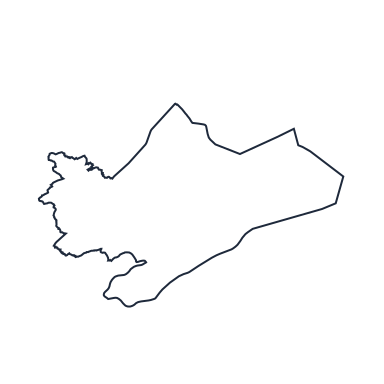 the district of Pak Phayun, Thailand, rotated 71°
{"feature_id": "78962969B11812729202220", "entity_name": "Pak Phayun", "entity_type": "district", "adm_level": 2, "iso_a3": "THA", "parent_name": "Thailand", "parent_adm1": "", "projection": "equal_earth", "projection_center": [100.293, 7.38], "detail": "fine", "context": "isolated", "style": "outline", "palette": "slate", "viewbox_px": 384, "rotation_deg": 71, "n_neighbors": 0, "source": "geoboundaries", "source_scale": "gbopen_adm2", "svg_char_len": 6085}
<svg xmlns="http://www.w3.org/2000/svg" viewBox="0 0 384 384"><g transform="rotate(71 192 192)"><path d="M103.2,179.6L119.8,210.0L121.1,211.4L130.5,218.9L131.1,219.5L132.0,220.6L144.2,242.6L151.6,260.0L152.1,261.0L153.4,262.9L152.7,263.4L152.8,264.3L152.6,264.7L151.8,264.8L151.3,265.3L150.7,265.5L150.4,266.1L150.4,266.4L150.6,267.3L150.9,267.6L150.9,267.9L150.6,268.4L150.3,268.8L150.2,269.7L149.3,269.9L148.2,270.5L147.8,271.0L147.5,270.9L147.1,270.3L146.3,271.1L145.8,270.4L145.1,270.1L144.8,271.1L144.0,270.8L143.0,270.8L142.0,270.2L141.1,271.4L140.9,272.0L140.5,272.8L140.1,272.9L139.1,272.9L138.3,273.1L138.2,273.6L137.8,273.9L137.5,274.5L137.4,275.3L137.6,276.8L137.4,277.2L137.8,278.3L137.9,279.1L138.3,279.5L138.2,280.3L137.5,281.7L138.1,282.9L136.9,283.4L136.4,280.9L136.7,280.7L136.5,279.9L136.2,279.4L136.0,278.4L135.2,278.8L134.4,276.9L133.0,277.8L132.9,277.4L132.5,277.8L132.0,278.5L131.9,278.2L131.3,278.6L131.3,278.9L131.2,278.9L131.9,280.6L131.1,280.6L131.4,281.9L131.2,282.0L131.2,283.2L129.4,281.8L126.6,280.9L125.8,280.9L123.9,281.7L122.7,281.8L122.6,283.1L122.7,284.1L122.9,284.7L123.1,287.5L123.4,289.7L122.1,290.4L122.4,291.0L122.7,291.6L122.8,292.4L121.8,292.9L121.2,293.4L120.9,293.8L119.9,294.2L120.0,295.0L119.8,295.2L120.3,296.4L119.4,297.2L119.3,297.6L119.0,297.9L118.9,298.1L118.5,298.2L118.4,297.9L118.2,298.3L117.8,298.4L117.7,298.8L117.5,299.5L117.2,300.1L116.4,299.8L116.1,300.6L115.7,300.8L115.0,300.7L114.3,300.1L113.9,300.1L113.3,301.2L112.7,301.5L112.0,302.1L111.9,302.7L111.9,304.0L111.7,305.4L112.0,307.8L112.0,308.7L110.4,310.2L109.5,311.7L109.4,312.3L109.5,313.9L109.6,314.2L110.5,314.6L111.9,316.3L112.1,316.4L112.8,316.3L114.0,316.9L115.1,317.0L115.6,315.9L116.2,315.4L116.5,314.5L117.7,313.7L118.4,312.5L120.8,311.9L122.4,312.8L122.6,312.8L123.1,312.4L123.8,312.4L123.9,313.1L123.7,313.9L123.7,315.5L124.1,315.7L125.7,316.1L126.7,316.0L127.2,315.8L128.6,314.5L130.4,313.3L131.5,312.0L133.1,311.2L133.6,310.8L135.4,310.8L137.5,309.3L137.6,310.6L137.4,315.2L137.9,319.4L138.1,320.5L138.8,321.3L139.3,323.1L139.9,322.7L141.3,322.4L141.4,322.9L141.5,324.9L141.9,325.0L143.1,327.9L143.4,328.1L145.6,328.2L145.8,328.5L146.2,331.7L146.1,332.2L146.4,332.7L146.6,334.1L146.4,335.0L147.1,335.3L147.5,336.0L147.7,337.2L147.9,337.5L147.9,337.8L148.2,338.2L148.4,338.9L149.8,339.2L150.5,339.1L150.9,338.8L151.3,337.8L151.7,337.6L152.2,336.5L152.9,336.2L155.1,335.8L155.2,335.5L155.3,334.0L155.6,332.6L155.4,331.2L155.6,330.5L156.1,329.0L156.4,328.5L157.9,327.5L158.5,326.8L159.0,326.9L159.2,326.6L160.0,326.4L160.7,327.5L161.3,327.5L161.6,327.8L162.5,326.9L163.9,326.4L164.7,326.8L166.3,328.7L168.2,330.0L168.9,330.3L169.2,330.6L170.0,330.3L171.0,330.3L171.3,330.6L172.2,330.2L172.6,330.3L173.2,330.1L173.5,329.8L173.8,329.6L174.2,329.7L174.6,329.4L174.9,329.7L175.5,329.7L175.8,330.0L176.3,330.0L176.9,330.3L177.2,330.2L177.9,330.5L178.7,330.7L179.6,331.3L179.9,331.4L181.4,330.8L182.1,330.5L182.5,329.8L183.5,330.3L184.0,329.2L185.4,329.0L186.3,329.2L186.8,329.5L187.1,329.4L187.5,329.1L187.9,327.7L189.5,326.7L189.5,326.0L190.2,324.8L195.1,336.3L195.9,337.7L197.8,340.1L198.1,339.7L198.6,339.7L198.9,339.5L199.4,339.6L199.5,339.2L199.1,339.0L199.2,338.7L199.6,338.6L200.1,339.0L200.2,338.2L200.6,337.5L200.8,337.4L201.1,337.7L201.6,337.7L202.2,337.1L203.0,336.5L203.1,335.8L203.5,335.7L203.6,335.4L203.9,335.8L204.2,335.6L204.3,335.9L204.4,336.0L204.9,335.8L205.0,335.5L205.4,335.6L205.6,335.4L205.9,335.3L206.2,334.9L206.7,335.3L207.2,335.0L207.2,334.2L207.9,334.4L208.0,334.2L207.7,333.9L207.9,333.7L208.2,333.6L208.5,333.8L208.8,333.8L209.0,332.7L209.5,332.4L210.2,332.2L210.5,332.4L210.8,332.3L211.1,331.9L211.1,331.4L211.0,331.1L211.0,330.6L210.4,329.6L210.4,329.0L210.0,328.0L210.3,327.9L210.6,328.1L211.9,326.5L212.1,326.4L212.4,326.0L212.9,325.8L213.1,325.5L213.1,324.9L213.3,324.2L213.8,324.2L214.1,323.6L214.3,324.0L214.8,323.5L215.6,323.3L215.8,321.2L216.1,320.7L216.0,320.1L215.9,317.3L215.1,315.2L214.7,314.1L214.8,313.2L214.7,312.6L214.9,311.8L214.5,311.0L215.0,309.8L214.8,309.1L214.9,308.3L214.8,307.7L214.8,306.3L215.3,304.6L215.3,303.8L215.6,303.6L215.5,302.9L215.8,302.3L215.8,301.7L216.2,301.4L216.2,298.3L216.0,296.9L216.2,296.2L216.7,296.5L217.4,297.5L219.0,297.8L219.5,297.5L220.2,296.6L220.4,296.3L220.3,295.7L220.5,295.4L220.9,294.2L221.3,293.9L223.0,293.5L224.1,293.1L226.8,292.8L229.0,293.2L229.5,293.6L229.8,292.3L229.7,291.8L230.0,291.8L230.0,291.3L230.9,290.7L229.6,288.4L229.1,287.0L228.9,286.0L229.2,284.9L229.2,284.2L229.0,282.6L228.8,282.1L227.9,280.6L227.7,280.1L227.4,277.2L227.5,276.1L227.3,275.5L227.3,275.0L227.9,273.1L228.7,271.2L228.9,270.9L230.2,269.7L231.7,268.8L235.2,267.8L238.4,267.1L239.1,267.5L239.8,267.4L240.2,267.2L240.5,266.0L240.5,263.6L240.8,261.3L241.2,259.8L241.7,259.0L243.1,258.4L243.6,258.3L244.5,262.6L244.5,264.0L243.8,267.4L243.7,269.1L243.8,271.2L244.2,272.6L245.0,275.1L246.4,277.0L247.4,278.9L248.1,280.9L248.3,282.0L248.3,283.4L247.0,289.0L247.0,291.8L247.2,292.9L248.3,295.1L249.2,296.5L250.8,298.4L252.4,299.6L254.4,300.8L255.9,302.2L256.8,303.6L258.2,306.8L258.9,307.9L260.0,308.7L261.1,309.0L261.7,308.8L262.3,308.6L264.4,307.0L265.9,306.1L266.8,300.0L267.2,298.4L267.9,297.2L269.4,295.9L271.5,294.6L274.9,293.4L277.5,292.1L278.3,291.4L279.3,290.1L279.8,288.8L280.2,287.5L280.2,285.2L279.8,283.2L278.9,281.1L278.6,279.3L278.6,278.3L278.9,275.7L280.4,268.4L280.7,266.1L280.8,262.6L280.7,261.6L280.4,260.9L276.6,255.3L274.5,251.7L270.5,242.3L267.4,231.8L266.9,226.7L267.0,222.4L266.8,220.6L264.0,209.8L260.6,194.6L259.8,189.4L259.5,185.4L259.1,173.3L258.7,171.4L257.8,168.6L256.7,166.1L254.0,162.2L251.6,159.2L249.2,155.2L248.2,152.3L246.6,146.6L250.4,74.6L249.5,59.8L226.6,43.9L192.1,66.9L185.4,72.8L182.4,76.3L165.4,75.1L167.7,93.3L171.7,134.3L154.6,154.4L148.5,157.6L146.0,158.4L142.2,158.3L135.0,157.3L133.9,157.3L133.4,157.5L132.6,158.0L131.8,159.2L129.4,163.7L126.8,169.1L125.1,169.7L121.8,170.4L118.5,171.6L117.1,172.0L115.8,172.6L110.6,174.4L104.8,177.2L104.5,177.4L104.6,177.9L103.2,178.8L103.4,179.4L103.2,179.6Z" fill="none" stroke="#1e293b" stroke-width="2"/></g></svg>